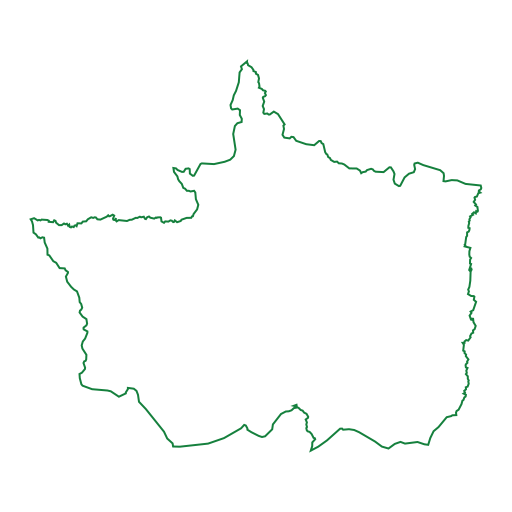 Luiza, Kasaï-Occidental, Democratic Republic of the Congo
{"feature_id": "63176286B81146580347594", "entity_name": "Luiza", "entity_type": "district", "adm_level": 2, "iso_a3": "COD", "parent_name": "Democratic Republic of the Congo", "parent_adm1": "Kasaï-Occidental", "projection": "albers", "projection_center": [22.518, -7.202], "detail": "fine", "context": "isolated", "style": "outline", "palette": "green", "viewbox_px": 512, "rotation_deg": 0, "n_neighbors": 0, "source": "geoboundaries", "source_scale": "gbopen_adm2", "svg_char_len": 6001}
<svg xmlns="http://www.w3.org/2000/svg" viewBox="0 0 512 512"><path d="M247.0,61.4L241.0,66.4L241.9,69.2L239.6,72.4L238.8,82.3L236.0,91.0L233.8,95.3L232.7,100.1L230.5,105.0L231.1,108.4L232.2,109.5L237.7,108.6L240.0,110.2L239.8,115.0L241.8,118.8L241.6,122.0L237.4,123.2L234.9,126.0L233.2,134.0L235.6,149.7L233.9,156.1L230.2,159.7L224.6,161.8L214.0,164.1L201.8,163.4L200.5,164.0L194.1,175.6L192.8,175.8L189.9,173.6L189.7,169.1L188.6,168.4L185.6,168.8L183.7,171.8L182.0,171.9L177.6,170.0L176.0,168.4L173.4,168.0L174.0,171.9L177.4,176.4L178.1,179.2L179.3,181.2L181.8,183.9L183.3,187.9L185.1,188.7L186.9,190.8L188.9,190.8L190.5,191.5L194.1,190.8L195.3,192.5L195.9,199.2L198.3,204.8L197.1,209.4L193.6,214.0L192.9,216.2L192.1,216.3L191.2,217.8L186.6,217.9L181.5,219.7L180.7,221.0L177.1,222.2L174.8,220.4L173.9,222.0L173.2,222.1L171.8,220.7L170.4,220.4L168.4,221.6L165.2,221.4L164.0,222.8L161.5,221.4L161.0,217.7L160.3,217.3L157.6,217.4L156.7,217.9L156.0,217.5L154.2,218.6L150.3,217.7L149.0,216.5L147.2,217.2L145.9,219.1L145.0,218.8L143.8,216.7L141.1,217.3L139.9,216.7L137.2,218.0L135.8,217.8L131.8,219.7L129.7,219.8L127.0,221.0L118.7,220.1L116.6,221.4L115.6,220.2L116.1,218.2L114.8,220.0L113.5,219.8L113.0,218.8L114.2,215.6L112.7,214.7L109.9,216.2L109.1,216.3L108.2,215.3L106.7,216.7L100.4,219.6L97.4,219.3L95.9,217.5L94.7,217.3L93.2,217.9L91.2,217.3L87.8,219.3L86.2,221.3L82.8,221.6L81.4,223.4L77.5,223.3L76.6,226.1L75.7,225.3L74.5,225.6L73.7,227.1L72.0,226.5L71.0,227.4L69.7,226.9L69.2,224.6L68.1,225.7L66.9,223.7L65.3,224.3L64.0,223.5L61.7,225.1L59.0,225.1L56.1,222.7L55.5,220.9L54.2,220.3L53.1,222.2L48.7,221.8L48.8,220.7L47.4,220.0L41.6,219.6L40.5,220.4L39.0,219.9L37.7,220.4L34.1,218.2L30.7,219.3L32.0,221.4L33.0,225.1L33.5,232.6L35.9,234.3L38.3,237.6L39.2,237.4L40.4,238.3L42.4,237.3L44.1,237.7L44.7,242.5L47.4,248.6L47.5,254.7L49.3,255.4L53.3,261.2L56.2,262.8L59.6,268.1L64.7,268.4L65.6,270.3L67.9,271.9L68.0,272.8L65.9,276.6L67.2,281.7L71.1,286.8L73.9,289.5L77.0,291.4L79.3,297.7L79.7,302.1L81.2,304.0L82.2,307.7L81.2,309.7L80.0,310.6L79.6,312.5L82.6,316.6L86.4,319.1L87.1,323.6L86.4,325.4L83.6,327.6L83.5,328.3L83.7,329.4L87.4,331.4L87.4,332.8L85.1,338.6L82.8,341.5L81.7,345.4L82.4,348.6L86.4,354.8L86.2,359.4L85.6,360.8L84.2,361.4L83.5,363.0L85.1,367.7L84.9,369.1L81.9,372.7L79.5,374.0L79.8,378.2L81.4,384.3L82.6,385.7L92.1,389.2L107.4,390.5L110.8,391.3L118.9,396.7L125.8,393.4L125.8,392.4L127.9,389.1L127.9,387.9L133.8,388.7L136.5,390.9L138.0,394.8L139.0,401.8L145.8,409.0L164.0,431.7L167.2,438.5L172.6,443.4L173.1,446.5L179.8,446.7L208.1,443.6L224.0,438.1L241.1,428.3L244.2,424.9L245.8,425.5L247.4,428.4L247.4,429.7L251.4,432.2L258.7,435.9L262.0,437.0L265.1,436.3L272.2,429.3L272.9,424.4L281.0,414.0L285.8,411.5L288.8,411.3L291.5,410.3L293.9,408.1L296.1,407.7L295.4,406.2L293.8,405.8L296.5,404.8L296.9,407.3L298.5,407.8L300.7,410.0L302.6,410.6L304.1,412.6L306.5,413.8L308.2,416.8L308.0,417.8L305.7,419.5L306.9,422.4L306.3,424.5L307.0,427.0L306.3,428.1L306.8,430.3L307.6,431.3L309.6,431.9L311.6,434.0L313.6,437.9L314.8,438.2L315.2,439.2L312.3,442.4L312.2,446.2L310.8,450.6L318.2,446.7L327.0,440.4L340.1,428.7L342.1,428.6L343.1,429.7L349.0,429.2L354.2,430.0L359.1,432.2L375.0,441.5L381.9,446.6L388.5,448.5L394.8,443.9L400.5,441.9L405.0,443.6L417.5,442.0L424.4,444.3L428.2,444.8L430.3,438.0L433.6,431.2L438.5,427.1L446.7,417.2L451.2,416.1L452.3,415.3L456.3,415.1L456.0,412.6L456.6,411.0L458.6,409.7L461.5,404.1L462.4,400.7L463.5,399.9L464.3,397.5L465.6,396.5L465.9,394.8L463.6,393.6L465.0,392.7L464.2,390.9L466.0,389.3L465.8,387.3L467.6,386.6L468.7,383.7L468.3,381.5L468.7,380.4L467.8,378.8L467.8,376.3L465.9,374.1L466.8,372.9L466.3,370.7L467.5,368.0L465.9,367.4L465.6,365.4L465.8,364.4L467.4,362.8L467.1,361.6L468.4,359.4L465.8,356.1L466.1,354.6L464.5,353.0L464.7,351.4L463.2,350.6L463.9,344.8L462.7,342.9L464.5,342.9L464.5,341.5L466.2,340.1L468.2,340.6L468.8,339.8L470.6,337.3L470.1,336.1L471.5,333.5L473.2,332.7L473.0,330.4L474.6,329.2L475.7,325.9L473.5,322.2L473.1,318.8L472.0,318.7L471.8,319.8L471.0,319.6L469.6,315.6L471.5,312.9L470.6,311.6L473.2,310.2L476.1,301.8L473.8,299.8L474.4,296.7L473.8,296.1L471.2,296.0L468.0,294.1L468.9,291.4L468.2,289.6L469.4,286.9L470.3,280.7L470.6,271.6L471.6,269.6L471.4,268.9L469.6,270.5L469.2,270.0L471.1,264.0L470.0,263.5L470.1,259.6L471.1,258.0L469.7,256.7L469.3,254.6L469.4,251.2L470.4,247.9L464.7,246.4L465.3,245.5L464.7,244.8L465.2,244.2L466.2,237.0L467.1,235.8L467.1,232.4L468.7,231.6L469.4,230.0L469.6,228.2L468.3,227.8L468.4,225.9L469.2,223.0L468.8,221.7L469.7,220.6L469.4,219.3L470.6,217.2L470.1,216.4L473.0,214.8L472.2,213.9L474.0,212.3L475.8,213.4L476.2,211.1L477.5,211.6L477.9,210.9L477.4,206.9L475.2,205.5L476.0,204.5L473.7,201.9L475.1,199.8L474.5,197.6L475.0,197.0L476.9,196.5L478.3,193.2L480.3,192.6L478.8,191.4L478.9,190.5L480.8,189.3L481.3,188.0L480.7,185.5L465.5,183.9L457.3,180.4L451.6,180.1L445.5,181.4L443.5,181.1L444.0,175.9L443.6,173.2L440.2,170.2L423.3,165.1L417.8,162.7L414.6,163.5L414.2,164.9L415.1,169.1L413.8,172.2L409.0,173.7L404.6,177.4L400.2,185.8L398.9,186.1L394.8,183.6L393.5,179.7L394.5,174.0L393.5,171.4L390.9,167.4L389.4,167.3L383.6,172.1L375.6,171.7L373.9,170.8L372.8,169.4L371.1,168.8L367.0,170.1L365.7,171.6L362.6,172.2L361.2,173.2L360.0,170.6L356.7,168.5L349.3,168.4L344.3,164.5L341.9,163.5L338.8,163.3L337.1,161.6L334.2,161.9L330.8,159.9L330.0,158.1L328.2,157.0L327.3,154.5L326.3,154.0L325.2,152.2L323.3,144.1L321.6,143.1L320.7,141.1L319.1,141.0L314.2,145.2L306.2,144.2L296.2,140.8L293.5,137.1L291.4,136.8L289.7,138.4L284.3,137.6L282.5,134.8L284.0,129.0L283.4,125.6L284.6,124.4L278.0,114.1L273.8,111.6L269.8,114.5L268.6,114.5L267.3,113.5L264.3,113.9L263.3,112.7L264.0,109.1L262.7,106.0L264.2,101.6L262.8,97.8L263.2,96.9L265.1,96.2L265.9,95.1L264.9,93.1L265.8,91.5L265.2,90.8L263.0,90.3L261.8,88.9L258.9,87.7L259.5,86.4L259.0,83.2L258.3,82.1L259.0,78.4L258.0,74.9L255.9,73.7L255.9,72.1L253.4,71.0L253.4,69.9L251.5,67.2L248.1,65.2L247.6,63.3L246.9,63.0L247.0,61.4Z" fill="none" stroke="#15803d" stroke-width="2"/></svg>